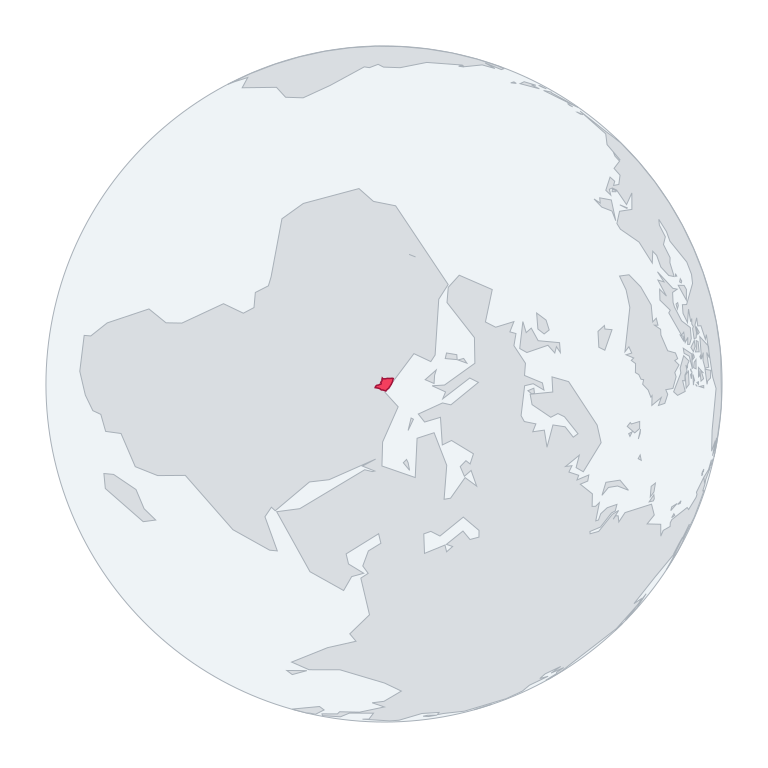 globe centered on Surt, rotated 100°
{"feature_id": "LBY-2985", "entity_name": "Surt", "entity_type": "Municipality", "adm_level": 1, "iso_a3": "LBY", "parent_name": "Libya", "parent_adm1": "", "projection": "orthographic", "projection_center": [17.512, 29.873], "detail": "fine", "context": "on_globe", "style": "filled", "palette": "rose", "viewbox_px": 768, "rotation_deg": 100, "n_neighbors": 0, "source": "natural_earth", "source_scale": "10m", "svg_char_len": 10643}
<svg xmlns="http://www.w3.org/2000/svg" viewBox="0 0 768 768"><g transform="rotate(100 384 384)"><circle cx="384" cy="384" r="338" fill="#eef3f6" stroke="#a8b0b8"/><path d="M289.7,59.5L299.1,57.0L340.4,49.0L348.9,47.9L351.4,47.7L350.6,47.9L356.4,47.2L386.1,46.1L392.3,46.2L393.0,46.4L379.5,46.8L379.7,47.2L390.3,47.1L397.6,48.0L382.1,47.9L393.3,49.7L372.9,52.8L330.7,56.2L320.3,61.4L279.4,75.1L284.1,75.3L271.6,82.0L272.3,85.1L264.5,87.6L271.9,88.0L278.9,85.2L284.4,84.6L285.5,86.5L275.7,89.7L273.8,89.3L271.5,91.3L266.1,92.3L269.4,92.8L257.4,97.1L270.8,95.8L262.5,101.8L254.1,103.9L253.2,99.8L231.4,97.6L222.6,100.2L211.3,107.0L193.7,127.2L184.8,132.3L174.1,142.0L179.7,140.4L190.2,132.5L198.1,133.0L209.9,124.2L214.9,123.5L227.8,116.9L227.7,122.4L220.7,131.7L210.0,137.8L206.6,142.4L218.3,140.8L200.0,157.4L190.5,178.1L185.5,182.5L173.0,182.0L169.0,170.2L152.8,173.1L165.2,176.3L152.6,188.6L151.3,193.2L153.1,195.9L158.6,193.5L154.7,199.2L141.0,197.3L144.3,192.0L148.6,192.4L146.7,187.4L137.4,187.8L131.7,194.9L123.6,190.7L119.5,196.1L115.4,198.7L122.5,190.2L109.5,205.9L99.1,209.1L81.2,238.3L96.8,209.4L101.1,200.8L104.8,194.0L101.7,198.5L105.6,192.5L120.9,171.9L137.8,152.5L156.2,134.4L175.8,117.8L196.7,102.8L218.6,89.3L241.5,77.6L265.3,67.6L289.7,59.5ZM51.5,323.5L50.9,327.4L52.7,320.7L54.0,323.0L50.3,340.1L54.0,329.6L52.7,342.7L57.6,360.0L56.3,362.4L59.9,397.8L69.7,423.1L72.0,439.5L70.2,445.3L75.0,453.3L75.1,458.5L99.4,489.0L116.2,513.3L118.7,530.7L110.5,541.4L116.9,575.1L105.8,571.4L112.3,583.7L116.0,589.8L101.2,568.9L88.0,546.9L76.5,524.0L66.7,500.3L58.8,475.9L52.8,451.0L48.7,425.6L46.5,400.1L46.2,374.4L47.9,348.8L51.5,323.5ZM76.3,247.1L67.2,277.8L67.5,269.9L68.3,269.2L71.7,259.2L76.2,246.1L77.9,241.0L76.3,247.1ZM83.1,238.9L84.3,234.9L83.8,237.7L83.1,238.9ZM397.3,46.3L398.5,46.4L393.3,46.2L394.0,46.2L397.3,46.3ZM226.9,114.4L227.3,115.6L224.7,116.2L226.9,114.4ZM232.1,110.6L228.9,110.5L230.9,108.7L232.8,108.8L232.1,110.6ZM402.8,47.1L408.0,47.7L400.4,47.0L402.8,47.1ZM235.7,111.4L234.8,105.6L238.4,102.6L248.9,100.8L235.7,111.4ZM409.5,48.2L422.2,50.6L427.0,50.6L420.5,52.9L411.9,49.5L401.7,48.4L408.5,48.6L409.5,48.2ZM280.6,83.6L273.2,86.6L278.4,82.5L280.6,83.6ZM282.5,81.2L290.4,71.0L301.9,68.0L296.9,71.7L311.0,67.1L312.7,70.5L305.4,73.9L297.6,75.0L304.2,75.6L282.5,81.2ZM414.9,54.2L415.9,55.2L412.2,54.3L414.9,54.2ZM287.0,84.1L287.6,82.1L297.6,79.2L298.3,82.9L294.8,82.5L287.0,84.1ZM313.8,64.6L321.4,63.5L324.8,65.8L328.2,65.8L313.7,70.4L313.8,64.6ZM293.1,84.1L298.4,84.9L294.7,88.1L287.2,86.0L293.1,84.1ZM299.9,77.1L304.7,76.0L302.2,77.7L299.9,77.1ZM284.4,100.8L284.9,97.8L290.1,95.9L284.4,100.8ZM300.6,85.0L301.8,83.9L303.9,83.0L306.5,84.3L300.6,85.0ZM317.2,72.0L317.0,73.4L323.3,70.2L326.1,72.3L315.9,75.2L321.5,74.8L322.4,75.5L313.1,77.2L317.2,72.0ZM315.5,82.9L303.6,88.2L301.6,93.8L296.8,95.5L300.9,86.2L315.5,82.9ZM314.9,79.3L314.2,81.9L308.7,82.3L305.8,81.0L314.9,79.3ZM331.7,72.9L330.0,68.9L332.3,68.4L331.7,72.9ZM316.0,84.4L318.9,83.2L316.5,84.7L316.0,84.4ZM328.1,76.1L327.2,74.7L329.8,74.2L328.1,76.1ZM325.5,82.2L321.6,83.7L319.5,82.7L325.5,82.2ZM327.6,79.3L331.4,79.1L321.0,81.4L326.7,78.7L327.6,79.3ZM330.8,76.0L332.0,75.2L330.8,76.7L330.8,76.0ZM335.7,85.7L323.2,88.9L318.5,86.4L331.3,83.5L335.7,85.7ZM518.1,73.8L506.9,69.9L468.9,58.9L484.9,63.1L482.9,63.3L489.6,65.7L500.7,69.2L501.0,68.8L526.9,83.5L556.9,99.7L551.0,93.6L555.8,94.9L584.7,112.8L628.1,152.3L635.0,158.2L641.1,164.9L647.7,173.3L639.0,163.5L638.0,164.0L632.1,157.7L639.7,169.3L631.5,160.9L641.4,174.9L647.0,179.4L643.3,171.6L655.4,188.5L662.5,194.5L672.7,209.1L692.2,247.9L698.1,268.1L700.4,274.1L697.9,272.8L701.9,289.5L712.5,310.8L714.8,319.9L717.8,347.0L716.6,340.6L710.0,337.2L714.1,360.9L719.3,369.1L721.3,387.0L719.6,387.8L717.0,372.6L714.5,370.8L711.4,351.0L702.0,327.6L700.0,340.3L696.5,328.9L683.4,313.6L678.4,331.6L673.1,377.7L678.4,408.2L673.9,426.7L653.4,393.7L642.2,366.9L636.0,374.3L613.8,358.2L579.2,373.1L573.2,366.7L566.9,373.3L551.1,370.4L541.4,359.4L532.4,363.3L557.9,391.8L567.4,387.7L573.9,371.1L579.3,382.4L594.4,387.9L581.7,424.3L528.4,467.5L521.4,445.3L471.8,388.1L472.3,380.3L472.0,379.5L471.3,378.0L468.6,391.0L459.4,379.2L487.8,421.5L493.4,440.4L527.7,469.1L524.9,473.5L535.4,478.2L566.9,460.1L567.5,467.8L553.7,507.5L508.5,563.8L513.5,591.0L508.6,614.6L478.4,634.4L479.0,649.9L463.1,657.6L460.8,666.1L446.8,676.2L424.3,685.8L388.2,687.7L387.6,681.1L371.9,667.2L350.9,628.5L361.6,609.3L359.1,593.6L332.8,556.0L338.7,534.8L331.3,525.3L316.2,526.6L307.4,514.9L298.1,513.8L239.0,513.2L220.2,494.8L195.9,442.6L206.0,426.1L206.5,403.5L274.9,338.1L291.0,344.8L346.6,338.7L353.8,341.8L348.9,359.8L392.0,381.6L404.0,366.1L441.3,375.3L465.1,371.8L470.7,337.0L431.7,342.0L423.3,326.2L453.2,308.1L487.1,304.8L484.9,298.6L462.1,287.9L468.5,275.0L454.0,283.2L460.9,288.8L452.1,294.6L445.3,290.0L447.8,285.3L437.2,283.8L427.9,307.7L433.9,316.0L407.0,322.6L414.4,337.4L407.6,345.0L392.5,323.1L392.9,314.5L366.0,291.3L363.2,300.6L388.4,323.6L381.1,322.0L377.4,336.3L374.5,324.2L347.8,298.1L322.6,303.0L292.8,336.1L277.6,337.5L263.8,328.8L272.2,293.8L305.3,294.9L308.7,283.9L300.0,266.9L310.8,269.1L311.4,262.8L323.7,262.7L339.0,248.3L351.2,247.1L355.4,228.2L362.2,225.4L357.8,237.1L361.3,245.2L391.4,243.5L396.6,239.3L396.9,227.5L405.2,229.2L401.6,218.1L418.0,212.5L395.0,210.5L394.7,198.2L403.5,188.4L399.3,184.3L384.9,200.6L382.9,207.6L387.8,214.0L378.6,234.6L368.7,238.3L362.6,216.4L347.8,219.8L349.6,202.6L387.4,167.0L404.1,160.0L435.8,172.5L433.0,180.3L420.2,179.3L433.7,190.9L431.8,184.7L438.6,186.6L440.1,176.4L445.0,177.3L438.0,166.5L444.2,166.5L448.6,173.3L456.0,159.7L468.4,157.8L467.7,154.4L463.4,151.3L482.0,151.7L480.7,149.2L474.1,148.0L467.1,142.7L462.1,133.7L468.8,134.2L471.5,137.6L487.3,146.0L493.5,155.6L495.7,155.0L491.9,147.0L472.7,136.5L467.8,131.0L477.4,134.8L473.5,133.0L473.2,130.5L479.1,128.8L468.8,124.3L455.9,99.7L466.1,95.1L476.1,100.6L474.1,87.1L485.8,85.0L479.7,83.6L474.6,77.5L470.9,78.0L467.6,77.0L453.0,64.0L454.7,62.2L441.5,57.0L438.4,56.6L436.3,57.5L420.5,52.9L427.0,50.6L433.8,51.5L433.3,50.3L448.8,53.0L461.5,55.4L478.8,60.5L487.3,62.7L486.0,62.1L496.7,65.4L497.0,65.5L518.1,73.8ZM253.4,375.0L252.0,381.7L252.0,381.8L253.4,375.0ZM524.7,318.8L543.8,314.7L532.0,296.0L538.4,293.2L532.1,288.2L531.1,294.7L515.1,280.7L522.2,272.3L518.3,263.9L511.7,265.0L501.3,282.8L524.0,302.5L521.0,312.3L524.7,318.8ZM57.9,360.3L58.1,365.7L56.9,363.0L57.9,360.3ZM65.1,275.3L64.3,279.2L63.1,283.6L63.2,281.7L65.1,275.3ZM65.0,305.9L65.4,311.5L63.9,308.5L65.0,305.9ZM66.3,282.2L64.6,302.1L62.0,298.5L63.4,286.3L63.9,290.6L66.3,282.2ZM78.3,246.3L77.3,249.7L75.9,252.0L78.3,246.3ZM82.8,241.0L82.7,240.4L84.3,236.9L82.8,241.0ZM153.4,188.7L154.4,189.0L155.0,192.7L152.4,192.9L153.4,188.7ZM172.0,200.2L165.3,209.3L168.2,202.5L163.2,203.9L163.3,192.1L183.0,184.1L174.1,189.5L172.0,200.2ZM168.9,175.3L166.6,182.9L168.3,175.0L168.9,175.3ZM302.1,230.7L306.9,235.0L303.1,242.0L287.6,246.0L292.9,235.5L302.1,230.7ZM314.6,239.7L312.8,218.3L322.4,215.8L317.3,220.7L323.8,221.2L317.4,229.3L328.2,248.8L325.5,256.5L298.4,258.1L308.7,252.9L303.4,248.7L314.6,239.7ZM291.5,176.0L290.9,168.9L312.4,172.4L310.5,178.8L295.0,182.4L288.1,177.1L291.5,176.0ZM254.5,110.3L252.9,108.9L255.6,107.8L259.2,108.1L254.5,110.3ZM284.2,99.5L264.5,115.9L261.6,114.9L253.5,126.8L242.8,129.0L248.4,121.1L234.1,132.3L234.8,126.0L226.0,134.2L239.6,116.2L239.7,111.7L243.7,115.7L253.5,113.5L257.8,111.3L270.1,101.9L275.2,92.2L285.8,89.3L291.9,89.9L292.3,91.8L285.3,92.9L290.8,94.6L281.0,97.8L284.2,99.5ZM357.5,110.0L349.2,108.6L358.6,116.5L348.9,118.0L350.6,118.9L344.1,122.8L339.3,129.2L334.6,129.1L334.7,131.7L330.5,134.7L329.1,138.4L320.2,139.8L317.8,144.6L315.0,142.6L313.2,150.7L310.5,145.4L304.8,149.3L310.4,152.3L265.9,155.2L249.3,161.9L236.8,170.8L233.9,161.7L243.7,148.1L259.8,134.6L276.2,130.1L271.9,127.3L278.5,124.4L279.1,127.8L282.1,121.1L287.7,119.8L302.0,110.4L302.8,102.4L308.0,99.2L310.5,101.7L314.0,96.8L322.2,99.6L326.2,97.6L338.2,98.7L340.7,105.5L344.9,102.8L354.3,104.1L357.5,110.0ZM339.0,86.1L344.2,92.9L341.4,97.4L321.6,93.6L316.9,95.1L304.1,93.8L308.4,87.6L311.7,88.4L315.8,87.9L312.8,90.0L318.4,87.9L323.0,89.2L328.6,88.1L328.8,90.5L339.0,86.1ZM361.1,335.0L366.5,335.7L374.8,334.8L372.6,344.2L361.1,335.0ZM342.5,317.4L347.3,316.2L348.3,328.1L342.6,327.8L342.5,317.4ZM349.1,306.0L347.5,315.3L345.0,310.0L349.1,306.0ZM362.1,235.7L367.1,234.2L368.0,236.9L365.6,241.1L362.1,235.7ZM383.5,137.1L379.2,134.8L380.4,133.4L376.5,125.7L383.5,124.5L388.6,128.6L383.5,137.1ZM464.6,343.8L458.2,351.3L454.4,348.7L457.3,346.6L464.6,343.8ZM413.6,348.9L425.6,352.2L412.8,351.4L413.6,348.9ZM390.4,134.4L388.0,131.3L392.9,132.7L390.4,134.4ZM388.3,123.2L394.0,124.0L383.9,123.5L388.3,123.2ZM561.4,597.2L535.3,640.3L520.8,644.3L520.0,634.6L531.0,609.9L548.5,598.6L557.6,585.2L561.4,597.2ZM720.2,418.1L719.6,416.2L712.8,391.5L715.4,386.4L721.2,394.2L721.0,399.6L721.4,403.4L720.2,418.1ZM679.7,410.2L686.1,423.9L683.0,430.0L679.7,410.2ZM703.7,282.3L704.4,287.8L702.7,283.7L700.9,274.4L703.7,282.3ZM680.5,222.0L686.7,233.8L689.1,238.6L686.3,233.3L680.5,222.0ZM446.2,124.8L443.9,136.3L446.9,145.0L455.8,150.0L442.3,148.4L437.7,134.9L446.2,124.8ZM454.0,102.4L446.2,99.0L450.1,97.9L452.4,98.5L454.0,102.4ZM448.9,102.2L438.4,103.1L434.4,99.5L443.5,99.4L448.9,102.2ZM414.5,117.4L413.4,120.7L409.4,119.4L414.5,117.4ZM646.4,171.1L646.1,170.7L643.3,167.3L646.4,171.1ZM586.7,113.6L579.1,108.1L578.0,107.3L586.7,113.6ZM573.5,104.2L574.9,105.3L551.1,92.6L545.0,89.4L560.8,96.2L563.0,97.8L569.6,101.9L573.5,104.2ZM419.3,55.2L416.2,55.2L417.4,54.5L419.3,55.2ZM465.7,77.5L461.4,76.0L462.9,74.8L465.7,77.5ZM450.2,71.6L451.6,73.9L447.4,71.2L450.2,71.6ZM455.0,79.3L450.8,74.6L458.9,79.6L455.0,79.3Z" fill="#d9dde1" stroke="#a8b0b8" stroke-width="1"/><path d="M377.1,375.8L378.2,376.0L380.0,376.0L381.1,376.3L382.2,376.6L383.1,376.8L383.3,376.8L383.5,377.0L383.8,377.2L384.5,377.4L384.9,377.6L385.3,377.7L385.7,377.8L385.8,377.9L385.9,378.1L386.0,378.2L386.6,378.3L387.4,378.6L387.5,378.7L387.7,378.8L388.1,379.4L389.4,380.3L389.7,380.6L389.8,380.7L390.1,380.9L390.4,381.0L390.5,381.0L390.4,382.1L390.2,383.2L390.1,384.2L390.3,385.2L390.1,386.1L389.5,386.9L389.2,388.2L389.1,389.9L389.1,392.1L388.5,392.0L387.7,391.8L387.0,391.3L386.4,390.7L386.2,389.9L386.0,389.2L385.6,388.7L385.1,388.2L384.9,387.6L384.8,387.2L384.4,386.8L384.0,386.8L383.6,387.0L383.1,387.5L382.6,387.3L381.8,387.1L381.3,386.6L380.6,386.5L380.1,386.8L379.1,386.8L378.5,386.7L378.4,386.7L378.9,386.0L379.0,385.4L378.8,384.6L378.7,383.7L378.2,382.5L377.8,381.4L377.7,380.3L377.5,379.2L377.2,377.9L376.9,377.0L377.0,376.0L377.0,375.8L377.1,375.8Z" fill="#f43f5e" stroke="#9f1239" stroke-width="1.5"/></g></svg>